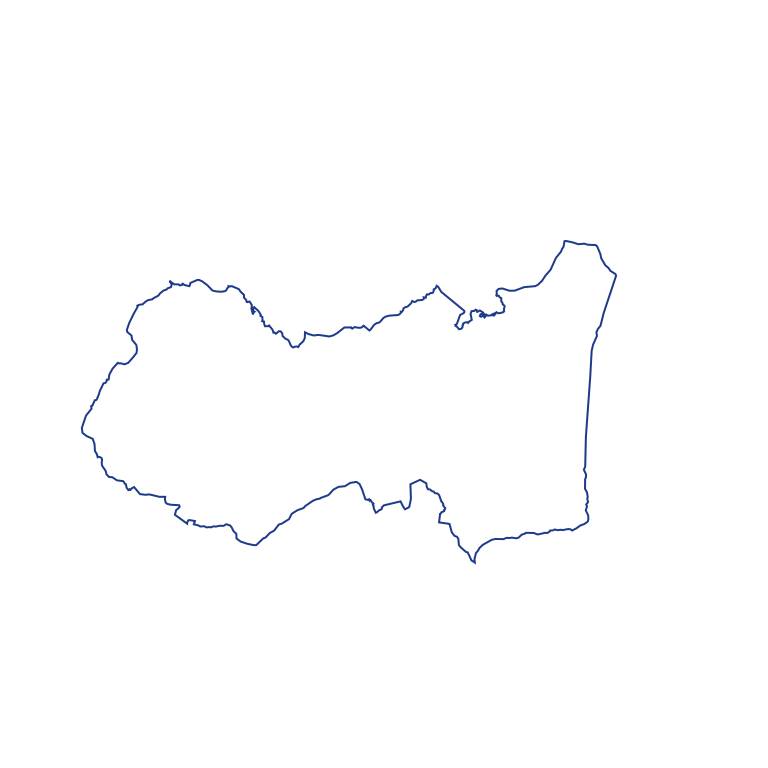 Praid, Harghita, Romania, rotated 36°
{"feature_id": "2599482B16532186866863", "entity_name": "Praid", "entity_type": "district", "adm_level": 2, "iso_a3": "ROU", "parent_name": "Romania", "parent_adm1": "Harghita", "projection": "albers", "projection_center": [25.2, 46.586], "detail": "fine", "context": "isolated", "style": "outline", "palette": "blue", "viewbox_px": 768, "rotation_deg": 36, "n_neighbors": 0, "source": "geoboundaries", "source_scale": "gbopen_adm2", "svg_char_len": 6165}
<svg xmlns="http://www.w3.org/2000/svg" viewBox="0 0 768 768"><g transform="rotate(36 384 384)"><path d="M168.9,600.8L174.0,600.9L180.6,599.6L185.0,602.6L189.5,608.1L192.9,609.5L195.2,611.4L195.3,610.9L197.7,610.0L199.1,610.0L200.4,610.9L202.0,613.8L204.0,615.8L210.2,618.1L212.6,620.2L216.2,620.8L219.1,619.1L224.6,618.9L230.1,615.9L233.6,617.1L234.2,616.8L236.7,619.2L239.6,620.1L239.9,619.8L239.5,619.6L240.1,618.5L241.1,618.5L241.4,616.2L242.4,614.3L251.4,616.5L256.5,613.6L258.3,611.8L260.3,610.7L268.4,607.4L273.3,603.9L274.3,605.9L277.1,608.3L279.0,608.4L282.3,607.1L289.5,602.5L290.7,603.2L290.8,605.0L290.0,608.3L291.7,612.7L306.8,612.7L306.2,611.8L305.8,609.3L306.8,608.3L311.6,606.0L312.6,609.3L317.0,607.5L319.1,607.3L322.2,604.7L324.6,604.4L326.9,602.3L328.2,601.8L329.6,599.5L331.7,598.2L335.0,594.7L337.2,593.5L338.1,592.1L338.4,590.8L339.2,590.0L342.8,588.9L345.2,589.6L348.5,591.4L352.7,592.1L355.4,595.6L356.6,595.7L360.8,595.7L367.4,593.6L373.6,590.8L375.4,589.3L377.1,579.7L378.1,578.5L378.6,576.7L379.2,571.6L381.3,567.3L381.5,559.5L383.3,557.2L386.6,549.1L385.7,543.8L385.9,542.5L388.2,536.9L391.8,531.7L392.0,529.0L395.2,520.1L397.0,517.1L399.5,514.4L399.6,513.6L404.1,506.9L404.6,504.9L405.1,499.4L407.6,494.0L412.5,489.6L414.8,483.9L418.3,480.3L419.4,479.4L423.0,479.3L428.0,482.0L436.7,488.2L439.1,487.2L439.4,486.6L439.8,486.7L439.9,486.1L440.6,486.5L440.5,486.1L441.4,485.8L443.9,486.9L445.2,486.8L445.7,487.0L445.5,487.3L445.8,488.1L446.7,488.8L447.4,488.8L448.5,490.4L453.0,493.0L453.7,491.9L454.4,488.7L455.5,487.2L455.6,486.4L454.8,485.1L455.2,482.3L466.4,469.2L471.6,472.0L474.6,473.0L476.4,469.6L476.7,468.6L473.3,461.1L464.3,449.6L469.5,440.3L476.6,439.5L479.3,442.3L481.5,443.3L483.1,442.3L485.8,442.5L487.3,441.8L489.4,442.3L491.9,441.1L493.9,441.5L499.8,445.5L500.5,445.3L502.7,446.5L503.1,447.4L506.6,448.5L506.9,449.9L506.6,450.5L507.4,451.5L505.8,454.2L506.1,455.5L505.7,456.1L509.9,463.6L519.2,458.7L526.1,464.2L530.4,465.4L532.8,464.7L535.2,465.6L539.2,470.2L541.9,471.0L549.2,471.7L550.7,471.0L558.4,475.3L562.5,475.1L560.2,472.6L557.8,466.9L558.0,463.0L557.6,460.6L558.5,456.0L562.7,446.8L565.3,443.8L571.7,439.4L573.8,436.2L576.0,434.9L577.8,433.1L581.7,431.1L583.2,429.1L584.0,424.9L585.8,422.5L586.3,421.0L592.7,416.5L596.0,415.7L597.2,415.0L601.8,409.7L603.8,408.4L604.7,406.1L604.4,405.1L606.9,402.9L607.6,401.4L610.7,400.0L612.4,398.2L614.5,397.1L618.2,393.1L620.2,392.0L622.4,391.9L624.6,387.4L626.0,383.1L628.3,379.6L629.6,376.2L629.6,375.3L628.9,373.4L626.3,370.2L621.5,367.6L620.2,363.7L618.4,362.6L618.5,359.6L616.1,357.6L615.0,355.4L611.8,352.3L608.2,350.6L602.6,342.7L602.2,340.7L600.6,338.4L596.1,335.9L595.3,332.5L578.6,308.4L546.0,256.0L532.5,235.1L530.0,229.2L528.0,219.9L525.4,217.2L524.7,213.7L524.9,209.6L520.0,197.4L508.1,159.9L506.5,159.0L500.7,159.4L497.6,158.2L493.4,157.9L485.8,154.6L482.7,151.7L475.6,147.4L473.6,147.2L466.9,151.6L463.6,152.7L459.2,156.6L452.7,158.8L446.8,161.5L446.1,162.4L448.6,167.5L448.7,170.1L449.4,172.8L449.0,181.0L451.6,193.6L450.9,201.6L451.2,207.5L450.2,213.3L448.7,216.1L440.6,223.1L434.9,231.6L430.7,234.8L423.7,237.1L420.8,239.7L420.4,242.6L422.1,244.6L422.7,246.2L423.4,246.5L424.1,245.5L425.0,245.2L426.5,245.9L428.4,245.6L430.2,248.1L432.3,248.8L433.4,249.9L435.4,249.8L436.3,250.9L436.8,252.6L438.5,254.7L438.0,255.3L438.1,256.2L435.6,259.0L434.5,259.8L432.8,259.8L432.3,261.6L433.0,262.0L432.7,264.1L431.7,264.4L431.2,263.0L430.4,264.3L430.4,265.4L428.0,267.6L425.8,267.7L425.2,268.5L423.9,268.6L424.0,269.8L426.4,269.8L426.2,271.1L424.1,270.4L422.9,272.6L421.6,272.7L421.1,270.8L422.2,269.7L422.1,267.9L418.3,268.2L417.3,270.6L416.8,270.9L415.5,269.7L414.4,270.1L414.1,271.8L412.0,273.6L412.8,276.4L417.3,280.5L416.1,283.7L416.1,285.1L415.3,284.9L413.6,286.4L412.7,288.0L412.6,289.1L413.2,289.6L413.2,290.7L414.0,291.5L414.2,293.6L412.5,295.6L409.3,294.7L407.8,295.0L406.9,294.3L407.6,293.1L407.3,291.3L405.0,283.5L406.8,279.7L406.7,278.4L405.8,277.6L376.1,275.8L370.9,273.6L368.9,273.6L369.5,276.3L368.6,278.3L369.7,279.8L369.8,281.6L368.2,283.1L367.5,285.4L366.1,286.1L366.2,287.9L367.1,289.6L365.3,290.5L365.9,290.9L366.2,291.8L365.4,293.7L361.8,296.7L361.3,298.7L360.5,299.8L358.0,300.3L358.5,302.7L357.6,307.3L355.5,310.4L355.4,311.7L356.0,312.8L356.1,314.9L355.0,315.6L355.8,316.5L355.5,318.8L354.4,320.3L348.1,325.6L345.6,328.7L344.7,331.0L344.3,336.0L343.6,337.7L342.3,339.0L341.2,342.1L341.2,347.9L340.7,349.3L333.3,348.8L333.0,349.3L333.0,350.6L332.2,352.0L330.7,353.3L326.7,355.3L325.8,357.8L324.8,358.0L324.2,357.5L318.7,361.6L316.1,370.7L314.3,374.6L311.8,377.7L302.1,382.8L298.7,386.0L293.5,388.0L289.7,388.6L292.9,393.4L293.6,396.8L292.6,401.6L292.9,404.5L291.4,404.9L290.0,406.2L289.2,407.7L287.7,408.0L285.3,407.3L282.2,405.3L280.1,404.7L277.8,405.3L273.8,404.8L271.7,402.7L269.5,402.2L268.0,403.0L267.0,406.9L265.2,406.7L264.5,407.5L261.9,405.6L256.6,404.2L256.4,405.3L253.7,407.2L251.5,405.6L250.2,404.0L248.5,404.8L248.1,403.6L246.2,401.3L244.0,401.5L243.7,400.5L239.7,398.8L233.8,398.1L233.6,399.0L235.4,402.0L236.7,401.7L236.4,402.8L236.9,404.0L236.5,404.3L232.3,400.8L231.3,398.6L230.2,397.6L226.8,396.3L225.2,398.2L224.6,398.3L223.3,397.1L219.9,396.4L218.4,394.2L214.5,393.8L210.7,392.6L203.3,394.3L201.9,395.8L200.6,396.2L201.2,397.1L200.9,398.7L201.3,400.8L200.9,402.2L198.4,404.8L193.7,407.8L190.2,409.2L183.0,407.9L176.6,407.8L173.0,408.6L171.7,409.7L168.0,416.0L168.9,418.2L169.0,419.3L164.3,421.2L162.2,421.1L162.0,421.5L162.4,422.5L160.8,424.3L159.4,424.1L155.6,426.7L150.6,426.6L150.7,427.2L153.7,428.1L154.7,430.9L152.8,433.6L152.5,435.4L150.7,438.0L149.5,442.6L149.5,445.2L147.1,450.0L146.7,451.8L143.9,454.7L142.6,457.8L141.9,461.3L139.1,464.2L138.4,465.7L139.3,466.3L140.2,474.1L142.0,484.3L144.2,491.5L145.7,492.8L151.2,493.2L154.2,496.3L160.7,498.0L163.8,501.2L165.5,504.2L165.3,509.9L164.6,517.3L162.4,520.7L159.4,521.7L157.5,523.1L156.2,523.3L155.4,531.0L156.2,537.7L158.6,542.3L157.2,543.4L158.1,545.5L157.9,547.0L156.7,548.3L158.1,556.3L159.4,560.0L160.7,565.4L160.4,566.5L159.6,567.1L160.8,573.1L160.1,573.8L161.9,576.0L161.5,584.7L165.4,597.2L168.9,600.8Z" fill="none" stroke="#1e3a8a" stroke-width="2"/></g></svg>